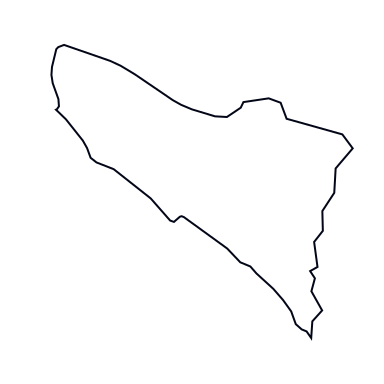 Cape May, New Jersey, United States of America, rotated 97°
{"feature_id": "52423323B74589242943410", "entity_name": "Cape May", "entity_type": "district", "adm_level": 2, "iso_a3": "USA", "parent_name": "United States of America", "parent_adm1": "New Jersey", "projection": "albers", "projection_center": [-74.781, 39.126], "detail": "fine", "context": "isolated", "style": "outline", "palette": "ink", "viewbox_px": 384, "rotation_deg": 97, "n_neighbors": 0, "source": "geoboundaries", "source_scale": "gbopen_adm2", "svg_char_len": 853}
<svg xmlns="http://www.w3.org/2000/svg" viewBox="0 0 384 384"><g transform="rotate(97 192 192)"><path d="M129.1,37.8L116.5,49.8L107.8,107.0L92.6,114.9L89.7,127.3L96.5,151.9L102.4,153.9L113.3,166.5L114.1,178.4L110.0,202.1L106.8,213.4L103.2,222.2L82.2,263.0L75.4,278.2L71.8,289.4L61.6,336.9L64.5,342.4L66.8,344.1L84.9,346.2L92.9,345.8L101.0,343.5L116.1,335.9L123.2,334.5L126.4,336.2L126.9,337.0L135.2,326.0L154.3,306.6L161.2,301.5L170.4,296.8L174.3,290.4L178.9,272.5L203.4,232.2L223.0,210.2L223.9,206.3L218.0,201.0L217.3,199.3L217.9,197.0L243.8,150.2L255.9,135.5L258.8,125.0L265.0,118.1L278.2,99.5L288.2,88.4L298.4,79.0L310.5,72.9L315.0,66.4L316.4,61.3L322.4,55.9L305.7,56.8L293.7,48.4L276.0,61.4L262.7,59.5L256.1,65.1L251.1,58.3L226.7,64.7L214.6,57.4L195.0,60.3L175.5,50.7L151.1,52.3L129.1,37.8Z" fill="none" stroke="#020617" stroke-width="2"/></g></svg>